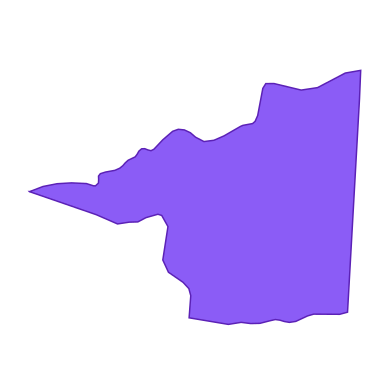 SVG path tracing the border of Agusan del Sur, rotated 273°
{"feature_id": "PHL-2588", "entity_name": "Agusan del Sur", "entity_type": "Province", "adm_level": 1, "iso_a3": "PHL", "parent_name": "Philippines", "parent_adm1": "", "projection": "albers", "projection_center": [125.781, 8.604], "detail": "fine", "context": "isolated", "style": "filled", "palette": "violet", "viewbox_px": 384, "rotation_deg": 273, "n_neighbors": 0, "source": "natural_earth", "source_scale": "10m", "svg_char_len": 1133}
<svg xmlns="http://www.w3.org/2000/svg" viewBox="0 0 384 384"><g transform="rotate(273 192 192)"><path d="M183.9,29.6L183.9,29.8L189.7,42.9L193.2,56.8L194.8,71.2L194.9,86.1L193.0,93.4L193.1,95.3L196.0,98.1L199.6,98.1L203.0,97.8L205.5,99.5L207.4,104.6L209.6,113.9L212.0,118.6L214.6,121.5L217.7,123.9L220.4,126.6L224.1,133.4L226.9,135.3L230.0,136.8L232.5,139.4L232.8,142.5L231.7,145.8L231.1,148.9L232.7,151.7L242.6,160.1L251.6,169.5L253.9,175.0L253.6,181.1L251.1,187.3L246.9,192.7L243.0,201.3L244.8,211.2L249.7,221.0L260.0,236.9L261.2,239.3L263.5,248.9L265.8,251.3L271.8,253.6L299.2,257.3L304.1,260.0L304.6,268.2L299.5,295.7L302.8,311.9L318.8,338.8L322.3,354.1L322.2,354.1L293.7,354.4L159.7,353.9L80.1,353.6L77.6,345.9L76.4,319.9L74.3,313.9L68.2,302.4L66.9,296.1L67.5,291.0L68.6,286.5L69.0,281.9L67.5,276.6L64.4,266.7L63.7,257.5L64.4,247.9L61.7,235.2L66.2,195.7L88.4,196.2L95.4,193.9L101.4,187.7L110.6,172.7L122.6,166.4L156.2,169.8L157.8,168.8L167.0,163.0L168.0,159.1L164.0,147.4L159.3,139.5L158.6,130.9L156.2,119.3L164.3,97.7L168.7,82.4L183.8,29.8L183.8,29.7L183.9,29.6Z" fill="#8b5cf6" stroke="#5b21b6" stroke-width="1.5"/></g></svg>